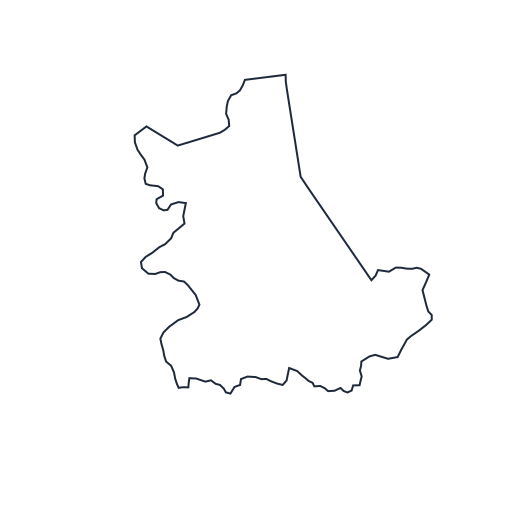 the district of Santa Rosa do Piauí, Piauí, Brazil, rotated 46°
{"feature_id": "56859067B62490299296304", "entity_name": "Santa Rosa do Piauí", "entity_type": "district", "adm_level": 2, "iso_a3": "BRA", "parent_name": "Brazil", "parent_adm1": "Piauí", "projection": "albers", "projection_center": [-42.221, -6.814], "detail": "fine", "context": "isolated", "style": "outline", "palette": "slate", "viewbox_px": 512, "rotation_deg": 46, "n_neighbors": 0, "source": "geoboundaries", "source_scale": "gbopen_adm2", "svg_char_len": 1972}
<svg xmlns="http://www.w3.org/2000/svg" viewBox="0 0 512 512"><g transform="rotate(46 256 256)"><path d="M86.7,244.8L84.9,259.5L90.2,264.2L97.3,267.4L103.0,268.5L109.2,269.3L116.8,272.6L119.8,278.6L122.7,282.4L127.5,285.2L131.4,283.2L137.8,277.9L143.3,276.7L148.0,280.9L146.1,288.0L148.6,291.0L154.3,292.5L159.0,290.7L161.3,287.6L159.9,281.3L163.4,274.3L169.2,269.7L176.8,280.7L183.0,284.9L181.9,299.3L184.3,304.8L184.4,313.0L182.5,319.4L181.7,328.1L180.0,335.8L180.4,342.9L185.5,346.5L194.0,345.7L198.9,341.0L201.2,336.0L204.4,332.5L210.0,330.5L214.6,330.5L219.7,329.0L224.4,325.5L229.7,325.3L242.2,326.5L251.7,330.5L253.2,334.4L253.5,339.2L251.7,348.3L248.1,356.5L246.6,367.4L246.7,375.6L249.0,382.2L253.4,385.0L259.4,388.2L264.1,391.4L269.5,394.0L276.0,393.3L282.7,395.8L288.0,399.3L293.2,401.8L297.1,403.2L299.4,400.0L303.5,395.9L300.8,392.9L297.6,388.8L302.5,384.2L311.2,379.7L314.1,374.8L320.0,373.8L323.7,371.5L329.0,371.3L333.2,372.4L337.2,370.0L335.3,362.4L337.7,357.0L334.1,352.3L336.8,345.9L342.8,340.4L348.3,337.7L351.7,333.9L355.9,332.5L362.3,329.5L367.3,326.4L366.8,320.5L359.6,310.0L367.3,306.3L374.2,305.9L378.2,305.3L382.6,304.9L386.5,303.4L390.3,304.6L394.1,300.1L398.8,298.4L403.3,298.0L407.5,293.1L409.6,286.9L414.1,286.7L417.7,285.0L419.2,280.7L416.6,276.0L420.9,271.3L418.3,267.3L416.0,263.6L410.5,260.8L408.1,256.8L405.1,253.5L407.0,244.3L409.9,238.9L421.7,232.4L427.1,224.3L424.3,216.6L422.8,211.5L420.9,205.5L421.3,199.9L422.8,191.1L423.8,181.7L423.9,173.8L420.5,170.6L415.6,170.6L410.7,168.2L400.7,162.5L396.2,159.9L393.1,152.1L389.7,144.3L379.8,146.2L376.1,148.6L373.7,152.5L369.9,156.3L365.5,159.5L361.5,163.4L359.6,171.3L350.9,178.0L353.2,183.6L353.6,189.8L244.7,171.5L230.1,168.9L157.1,117.7L151.1,113.3L146.2,108.8L121.6,141.6L124.1,147.1L125.7,152.5L125.4,157.1L123.1,162.2L125.0,168.5L128.0,173.0L132.9,178.7L139.0,181.0L143.9,185.0L143.5,191.1L142.2,196.5L122.2,235.6L86.7,244.8Z" fill="none" stroke="#1e293b" stroke-width="2"/></g></svg>